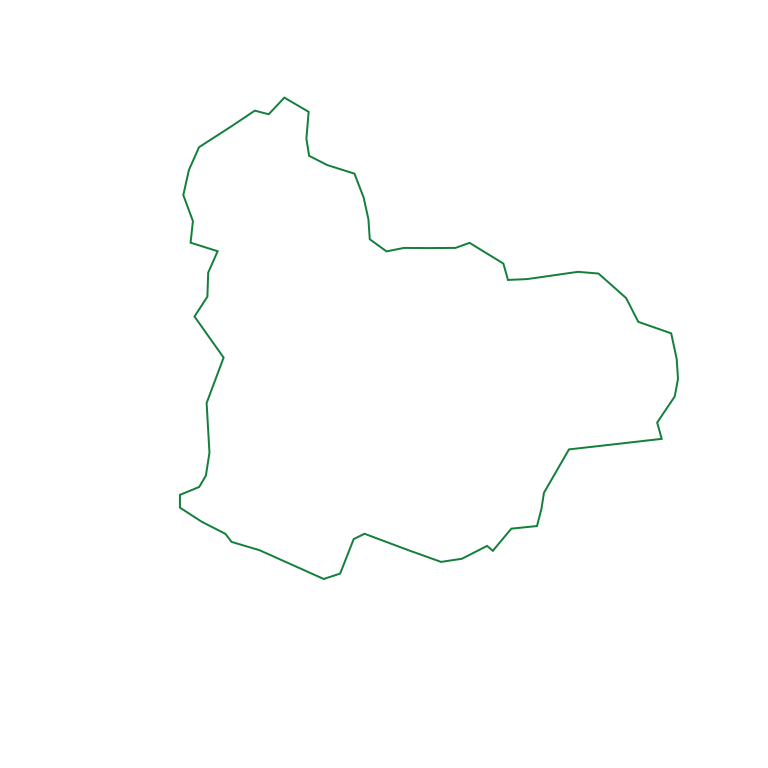 Bulqizë, Dibër, Albania (Robinson projection), rotated 207°
{"feature_id": "67620474B60153855067708", "entity_name": "Bulqizë", "entity_type": "district", "adm_level": 2, "iso_a3": "ALB", "parent_name": "Albania", "parent_adm1": "Dibër", "projection": "robinson", "projection_center": [20.355, 41.469], "detail": "fine", "context": "isolated", "style": "outline", "palette": "green", "viewbox_px": 768, "rotation_deg": 207, "n_neighbors": 0, "source": "geoboundaries", "source_scale": "gbopen_adm2", "svg_char_len": 946}
<svg xmlns="http://www.w3.org/2000/svg" viewBox="0 0 768 768"><g transform="rotate(207 384 384)"><path d="M119.3,504.9L124.4,522.1L134.6,539.2L151.1,559.5L185.6,554.8L207.3,570.5L243.0,579.8L262.1,572.0L304.2,542.4L320.8,533.0L332.3,545.5L371.9,548.6L382.1,537.7L406.3,525.2L428.0,514.3L442.0,503.3L462.4,506.5L472.6,523.6L486.7,540.8L505.8,558.0L533.9,553.3L554.3,553.3L564.5,567.3L574.7,592.3L602.8,593.9L609.2,572.0L623.2,568.9L637.2,543.9L656.3,511.1L655.0,486.2L648.6,461.2L628.2,442.4L620.5,422.1L592.5,426.8L591.2,403.4L581.0,381.6L583.5,358.1L538.9,334.7L533.4,286.5L508.3,243.5L501.1,221.5L501.9,208.4L515.5,192.6L509.7,181.2L483.9,178.5L457.4,178.5L448.1,174.1L419.4,179.4L349.2,182.9L337.0,195.2L340.6,232.1L333.4,241.7L286.8,247.0L252.4,251.4L235.2,263.7L218.7,286.5L211.3,284.8L204.9,312.9L183.2,326.9L187.0,344.1L192.1,359.7L189.5,409.7L111.7,461.2L123.1,473.7L119.3,504.9Z" fill="none" stroke="#15803d" stroke-width="2"/></g></svg>